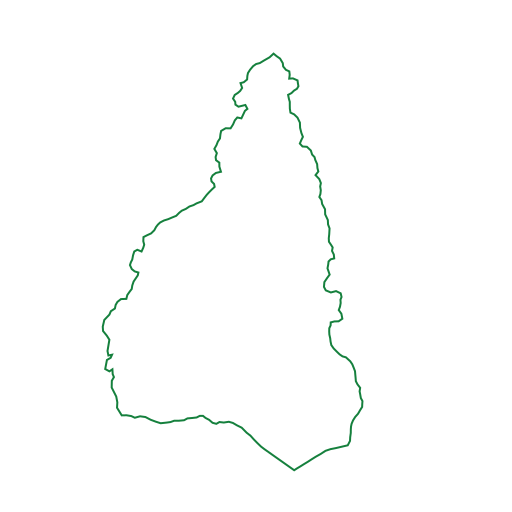 outline of Formigueiro, Rio Grande do Sul, Brazil, rotated 282°
{"feature_id": "56859067B95835939959880", "entity_name": "Formigueiro", "entity_type": "district", "adm_level": 2, "iso_a3": "BRA", "parent_name": "Brazil", "parent_adm1": "Rio Grande do Sul", "projection": "robinson", "projection_center": [-53.474, -29.98], "detail": "fine", "context": "isolated", "style": "outline", "palette": "green", "viewbox_px": 512, "rotation_deg": 282, "n_neighbors": 0, "source": "geoboundaries", "source_scale": "gbopen_adm2", "svg_char_len": 3533}
<svg xmlns="http://www.w3.org/2000/svg" viewBox="0 0 512 512"><g transform="rotate(282 256 256)"><path d="M171.8,125.5L168.2,124.8L161.9,120.9L155.0,120.8L150.8,122.0L147.1,126.6L143.6,130.0L132.2,130.5L128.0,132.3L129.5,135.7L126.2,135.0L123.3,131.8L114.1,132.0L112.7,136.6L115.3,139.1L110.6,140.4L108.0,142.2L104.0,140.9L97.3,142.2L89.5,148.5L84.0,150.8L78.7,151.6L72.2,157.8L73.3,162.5L73.5,167.3L72.6,171.1L75.1,175.9L75.5,181.3L73.9,187.1L73.1,192.5L72.6,197.5L74.5,203.3L75.8,206.9L77.9,210.3L78.9,215.0L80.4,219.8L82.9,222.7L84.2,227.0L85.7,231.5L87.9,234.2L88.6,237.4L87.1,240.3L86.0,244.2L83.8,248.2L83.6,252.1L86.0,254.8L86.4,259.1L88.2,263.9L87.9,268.1L86.4,272.6L85.1,277.7L81.2,283.6L79.0,288.1L76.2,291.9L73.4,296.1L70.6,300.6L68.8,304.4L54.4,337.9L56.7,340.2L59.4,343.1L62.5,346.3L65.4,349.4L68.6,352.6L72.1,356.2L75.7,360.3L79.9,364.5L82.6,369.1L84.6,373.8L89.9,385.1L94.7,386.4L98.4,385.8L102.6,385.5L106.1,384.8L109.0,384.4L111.8,384.4L115.4,385.1L119.2,386.5L122.9,388.6L127.2,390.0L130.4,391.2L133.3,390.7L136.2,390.3L138.8,388.1L142.3,386.7L145.1,385.5L148.7,385.3L151.5,382.0L154.3,379.7L157.7,378.7L160.9,377.7L163.9,376.8L166.7,375.0L170.1,372.7L172.6,370.1L175.6,365.0L175.8,361.5L177.2,358.2L179.2,355.0L181.7,351.2L184.5,348.2L187.9,346.7L190.9,345.7L194.4,344.1L197.4,343.3L200.6,342.7L203.6,343.4L206.6,342.9L208.3,346.3L209.3,350.4L212.6,353.5L217.3,351.5L220.3,348.2L223.8,348.7L227.6,348.6L230.8,347.7L233.7,348.2L237.1,346.6L238.3,341.6L235.9,336.8L236.9,331.4L239.9,328.9L244.7,328.3L249.6,330.3L253.1,331.9L255.8,330.3L258.8,328.5L262.8,328.4L265.7,328.1L268.3,329.8L269.9,333.0L273.6,331.8L276.8,329.3L280.3,329.2L282.5,327.1L285.1,324.4L288.5,323.5L292.5,323.1L298.3,322.2L301.9,319.9L306.1,318.8L311.1,315.0L316.1,313.8L320.6,309.9L324.2,308.5L326.9,305.7L330.0,306.1L333.8,305.7L337.4,304.3L340.8,304.3L344.4,301.9L347.5,297.4L351.6,299.4L354.8,297.8L358.6,296.7L362.3,294.0L364.9,292.7L366.9,289.8L370.6,287.7L373.4,283.1L372.8,278.7L375.1,275.5L378.7,276.2L382.3,277.1L385.8,274.8L390.5,272.5L395.6,271.2L400.0,267.8L402.5,263.8L403.4,259.9L407.1,258.5L410.5,257.7L413.8,257.0L416.4,255.6L420.3,253.9L422.7,256.8L425.7,258.8L428.1,261.3L430.9,262.2L433.6,261.1L436.4,260.1L437.4,255.2L436.4,251.6L440.2,251.3L443.5,250.2L444.3,246.6L447.0,243.2L450.2,242.1L454.1,238.5L455.7,234.7L457.6,231.1L453.2,228.0L449.0,223.3L445.5,219.6L443.8,216.2L441.1,213.7L437.0,211.5L433.3,210.1L430.4,210.1L426.8,210.6L423.4,207.9L421.9,204.9L417.5,207.5L414.2,206.2L411.8,204.4L409.1,201.7L405.2,200.8L402.5,203.6L399.8,204.4L398.4,207.8L401.5,214.2L398.1,217.0L395.7,215.0L391.4,214.0L387.6,213.1L387.6,208.9L384.3,207.1L379.9,206.2L375.6,204.6L374.6,199.7L371.1,195.9L367.8,195.9L363.5,196.3L360.0,194.9L356.2,194.3L352.1,193.0L348.5,196.3L344.4,195.9L341.4,197.0L339.7,200.7L335.8,201.6L331.1,204.2L328.9,199.5L325.8,196.8L322.5,195.9L319.7,197.0L317.8,200.0L315.0,201.2L311.9,199.0L308.5,196.8L305.6,195.1L302.1,193.4L298.2,191.6L295.1,186.9L292.8,184.3L290.6,180.6L287.5,177.6L284.9,174.0L282.3,171.9L278.7,169.6L276.2,165.9L273.8,162.5L271.6,158.6L268.9,155.3L266.3,153.5L263.6,152.2L260.1,151.2L256.3,148.7L253.7,145.2L251.1,142.0L247.0,142.7L243.8,144.3L240.6,144.0L236.6,143.1L237.4,138.6L235.1,136.0L231.1,135.6L226.8,135.7L223.8,134.9L220.9,134.6L217.4,137.2L215.7,140.6L215.4,144.4L212.5,144.4L209.3,143.1L205.6,141.6L201.4,141.1L197.9,141.3L195.0,139.9L191.0,138.2L187.1,138.1L185.8,132.9L182.3,130.0L179.0,128.9L175.3,128.9L171.8,125.5Z" fill="none" stroke="#15803d" stroke-width="2"/></g></svg>